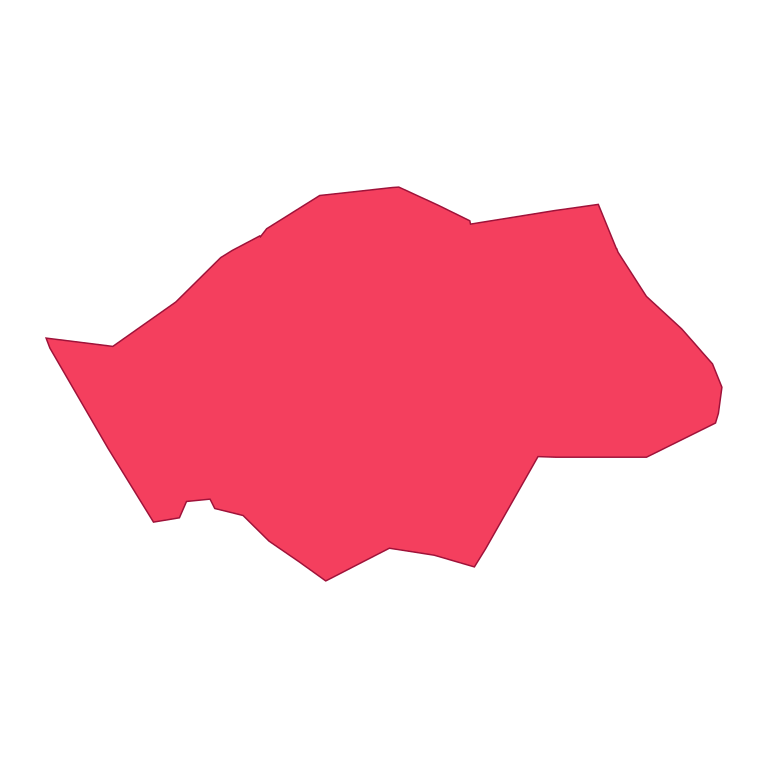 outline of Oguzhan, Mary, Turkmenistan
{"feature_id": "10190150B14895102239013", "entity_name": "Oguzhan", "entity_type": "district", "adm_level": 2, "iso_a3": "TKM", "parent_name": "Turkmenistan", "parent_adm1": "Mary", "projection": "natural_earth1", "projection_center": [61.298, 37.395], "detail": "fine", "context": "isolated", "style": "filled", "palette": "rose", "viewbox_px": 768, "rotation_deg": 0, "n_neighbors": 0, "source": "geoboundaries", "source_scale": "gbopen_adm2", "svg_char_len": 873}
<svg xmlns="http://www.w3.org/2000/svg" viewBox="0 0 768 768"><path d="M49.9,348.1L107.9,448.1L153.5,522.1L179.4,517.8L183.1,509.3L186.5,501.5L187.2,501.4L209.3,499.2L210.1,499.2L214.3,507.6L214.8,508.5L243.1,515.5L244.1,516.5L269.1,541.2L290.5,555.9L299.7,562.2L303.7,565.1L325.7,580.9L326.4,580.6L352.8,567.0L374.6,555.8L389.4,548.2L389.9,548.3L434.2,555.2L455.1,561.3L474.0,566.8L474.4,566.9L485.6,548.8L538.0,456.6L556.3,457.2L646.5,457.2L715.5,423.0L718.4,413.4L721.6,389.6L721.9,387.2L712.5,363.9L702.5,352.6L696.5,345.7L681.8,329.0L646.4,296.4L624.6,262.5L618.0,252.2L616.7,248.7L616.4,248.7L598.3,204.4L554.4,210.6L470.5,224.1L469.8,220.8L438.1,205.2L398.8,187.1L392.6,187.5L319.7,195.5L266.7,228.7L260.4,236.8L259.8,235.9L232.3,250.4L221.0,257.4L220.2,258.1L175.8,302.0L112.8,346.4L46.1,338.1L49.9,348.1Z" fill="#f43f5e" stroke="#9f1239" stroke-width="1.5"/></svg>